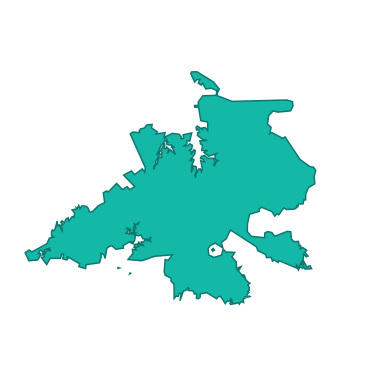 outline of MÄngere-ÅtÄhuhu Local Board Area, Auckland, New Zealand, rotated 199°
{"feature_id": "76426892B61751173785029", "entity_name": "MÄngere-ÅtÄhuhu Local Board Area", "entity_type": "district", "adm_level": 2, "iso_a3": "NZL", "parent_name": "New Zealand", "parent_adm1": "Auckland", "projection": "equal_earth", "projection_center": [174.799, -36.975], "detail": "fine", "context": "isolated", "style": "filled", "palette": "teal", "viewbox_px": 384, "rotation_deg": 199, "n_neighbors": 0, "source": "geoboundaries", "source_scale": "gbopen_adm2", "svg_char_len": 6037}
<svg xmlns="http://www.w3.org/2000/svg" viewBox="0 0 384 384"><g transform="rotate(199 192 192)"><path d="M256.4,95.0L256.7,101.4L258.3,104.2L255.0,104.1L252.5,100.9L254.2,111.0L252.6,113.4L250.2,115.1L245.5,113.1L238.5,116.5L239.7,118.8L235.1,124.3L230.0,123.7L234.4,125.2L231.0,125.1L230.5,127.4L231.2,131.7L233.5,133.6L236.3,132.3L242.0,131.3L240.2,131.8L240.2,134.3L238.0,135.5L242.0,136.4L241.1,137.0L238.0,136.6L238.1,132.8L234.2,134.4L235.8,139.8L234.9,141.0L236.3,143.1L234.3,143.0L231.7,146.6L232.7,143.8L235.0,142.4L234.5,141.1L235.1,140.1L233.2,139.7L234.2,137.9L232.9,134.4L231.9,134.7L233.0,133.3L228.8,132.9L226.3,134.7L223.2,131.8L217.6,133.1L215.9,136.4L216.8,133.5L215.7,134.0L216.6,133.0L215.0,131.8L220.9,131.5L221.6,128.7L223.7,128.4L223.5,126.7L222.0,126.5L220.5,125.4L223.3,125.0L226.5,127.7L224.3,122.2L226.6,125.1L228.9,123.9L228.8,120.9L226.4,121.9L227.5,120.4L225.9,119.2L229.7,118.4L227.9,114.4L230.5,107.3L217.0,110.7L206.5,119.0L190.2,126.2L192.3,119.6L195.4,119.5L192.4,107.8L190.3,104.6L183.8,103.7L182.7,100.8L178.9,98.8L174.2,85.5L173.2,88.3L171.0,89.0L171.0,92.3L169.1,92.6L168.0,85.2L167.9,95.8L166.1,96.6L164.8,100.2L163.6,99.9L163.7,97.7L158.7,98.9L156.6,96.4L154.2,97.0L153.4,93.1L151.5,93.0L150.0,95.0L151.1,98.3L145.2,101.6L133.9,99.1L133.2,101.5L130.9,102.6L124.2,97.3L123.5,99.9L120.8,101.2L120.4,103.8L118.9,102.6L119.9,99.2L119.0,98.3L116.9,99.4L117.9,100.6L115.2,100.2L112.1,102.5L110.8,101.3L109.9,104.4L107.2,104.3L108.8,107.3L107.2,108.8L108.0,109.8L106.1,111.4L106.6,113.7L105.4,115.5L106.9,116.2L105.9,117.5L106.7,120.2L108.9,122.3L107.5,124.7L109.6,125.0L124.7,133.7L127.4,140.4L133.1,143.6L131.9,148.8L140.7,146.3L144.0,148.3L143.6,141.9L149.7,137.4L155.6,137.8L158.4,143.8L157.4,147.2L153.4,151.3L144.6,149.1L147.8,153.8L144.4,159.0L143.3,168.6L113.1,161.1L110.7,158.0L101.9,156.8L100.2,154.2L95.8,155.9L93.4,152.8L91.8,154.5L87.7,153.3L87.2,155.4L68.4,154.2L69.5,157.1L66.5,155.8L67.7,154.8L66.1,152.9L65.6,156.3L62.6,155.8L62.0,157.5L59.9,155.9L54.0,158.4L56.3,160.7L59.1,158.5L63.9,162.9L64.5,159.7L63.2,160.1L62.9,159.5L66.2,158.2L65.0,164.9L66.2,169.7L62.8,167.9L61.5,169.2L65.5,171.6L64.6,174.2L69.1,175.5L71.7,172.8L70.7,174.9L72.0,176.8L73.1,175.9L75.3,179.9L79.2,178.3L82.6,179.8L85.7,186.5L89.1,185.8L99.3,177.1L103.3,179.7L107.7,179.2L109.8,176.9L108.5,172.4L121.5,169.4L126.9,172.7L129.2,180.1L130.3,189.7L122.2,195.5L122.8,197.8L121.3,200.2L110.1,199.5L105.8,196.1L104.6,199.3L102.6,198.6L100.0,206.9L96.9,206.2L89.4,209.3L87.9,211.4L88.4,212.9L87.2,212.7L87.3,215.4L83.0,217.1L83.7,220.6L82.0,221.6L83.8,227.0L83.4,233.9L78.6,239.8L81.5,246.4L82.1,252.7L85.4,255.0L88.7,254.4L100.4,257.9L122.0,274.4L123.7,272.3L135.9,274.2L137.5,272.3L138.2,278.8L142.7,280.8L144.4,289.2L141.7,295.0L136.8,295.5L125.2,300.8L124.5,306.2L126.4,310.1L132.2,309.9L183.7,290.7L199.4,291.3L201.2,296.0L199.9,295.6L199.8,298.2L207.4,303.0L226.4,307.3L231.5,305.4L231.8,303.6L225.2,296.8L224.2,299.6L221.1,301.1L221.5,296.9L218.0,296.1L217.3,298.4L212.6,293.9L207.8,296.4L201.7,296.0L200.6,292.0L201.4,290.9L213.1,286.5L215.4,279.0L214.0,276.1L217.8,274.6L217.0,273.0L213.3,274.2L206.9,262.3L200.0,263.2L197.2,255.3L200.6,257.2L203.2,255.8L202.5,254.5L208.4,256.1L209.2,254.6L207.8,252.0L206.4,253.5L204.5,251.4L206.0,250.0L205.2,247.2L199.1,245.2L194.2,245.7L201.2,243.0L199.5,240.2L197.3,239.6L196.3,234.4L190.5,236.4L193.6,233.4L187.9,231.3L181.3,236.3L182.2,234.1L180.6,230.1L176.6,230.5L178.8,229.3L179.2,224.3L180.1,224.1L180.1,228.3L182.8,230.9L188.1,229.1L192.1,230.7L194.8,228.7L194.9,226.5L191.8,226.6L190.0,224.6L194.0,224.5L190.1,217.9L189.2,213.4L191.6,216.5L193.0,216.0L194.3,209.2L193.1,206.8L194.7,208.7L194.6,214.0L196.3,217.3L199.6,217.1L198.7,214.6L199.0,210.2L200.8,217.2L200.5,223.0L202.8,223.8L202.7,221.1L204.2,220.9L201.8,229.2L202.3,232.2L204.1,232.5L205.2,227.1L205.6,229.7L208.0,230.5L206.3,231.9L206.8,236.2L209.8,236.9L211.2,234.1L214.6,232.9L212.5,235.8L213.5,239.1L210.7,239.3L211.5,247.8L219.0,243.2L217.7,240.9L217.7,239.7L219.9,238.9L220.2,240.8L222.9,242.4L229.5,241.1L235.3,235.5L231.2,231.5L232.8,231.7L231.1,228.7L226.4,229.6L226.0,227.8L223.4,229.4L224.7,227.2L219.8,222.0L226.1,224.9L227.9,220.3L227.6,225.1L230.6,226.2L230.2,224.8L232.2,224.0L233.6,229.1L235.1,221.5L232.9,219.1L233.8,217.5L231.8,214.8L234.6,214.0L234.1,207.1L235.7,205.0L235.3,202.6L235.5,200.8L236.4,203.9L234.7,207.0L236.4,208.6L235.0,216.0L235.7,219.5L237.5,215.2L236.4,225.7L234.1,231.2L236.2,234.9L236.8,239.4L245.0,235.1L244.3,237.6L251.1,239.4L251.7,242.9L256.5,240.8L258.0,236.8L261.1,235.1L261.9,232.6L260.8,231.1L267.4,229.4L269.4,226.9L244.1,199.9L243.2,195.3L246.5,197.7L251.9,189.8L256.1,192.2L262.2,185.7L247.9,178.4L251.6,174.0L255.1,175.9L258.4,171.6L266.1,175.6L271.2,164.6L272.9,165.3L275.6,162.4L271.1,153.5L276.2,148.4L279.8,140.8L282.2,139.8L285.7,143.5L288.7,143.9L291.8,142.9L292.5,139.6L294.7,142.4L295.1,139.2L296.3,139.5L295.5,138.6L299.5,136.0L296.0,133.7L295.4,128.7L296.3,130.3L297.3,129.6L299.0,124.6L300.7,127.3L302.4,125.2L302.5,121.4L305.6,122.3L306.2,120.7L303.4,119.0L305.6,117.6L302.2,114.1L302.0,112.9L306.8,117.8L308.2,116.2L310.0,120.7L309.4,112.1L310.1,110.2L311.7,110.7L311.9,108.6L310.6,104.9L308.0,104.6L311.8,102.0L312.3,95.9L322.8,84.4L324.3,83.2L327.1,84.2L330.0,80.2L323.8,73.9L315.9,77.4L314.8,81.8L315.2,84.5L317.3,83.8L316.6,87.5L313.5,87.2L313.1,83.5L311.0,87.1L312.5,88.1L312.2,89.8L308.2,92.5L308.2,90.3L306.8,90.7L306.0,90.5L308.0,90.1L309.9,90.7L311.5,84.5L310.8,82.5L312.8,80.8L305.8,76.1L304.5,83.0L294.7,86.6L295.0,91.0L293.1,91.1L292.5,86.8L288.1,87.0L287.6,88.6L288.9,89.7L288.7,90.3L274.9,87.6L274.7,84.6L267.6,84.9L268.6,88.7L256.4,95.0ZM154.6,143.7L153.0,142.7L151.9,144.5L153.6,145.6L154.6,143.7ZM123.6,135.5L122.7,133.1L122.1,133.6L121.4,137.4L123.6,135.5ZM236.0,96.4L237.5,96.3L237.0,95.7L236.0,96.4ZM117.3,130.3L114.6,129.3L115.1,130.0L115.7,130.4L117.3,130.3ZM104.7,111.0L103.2,112.0L104.1,112.3L104.7,111.0ZM223.1,95.6L224.3,95.1L224.3,94.2L223.1,95.6Z" fill="#14b8a6" stroke="#0f766e" stroke-width="1.5"/></g></svg>